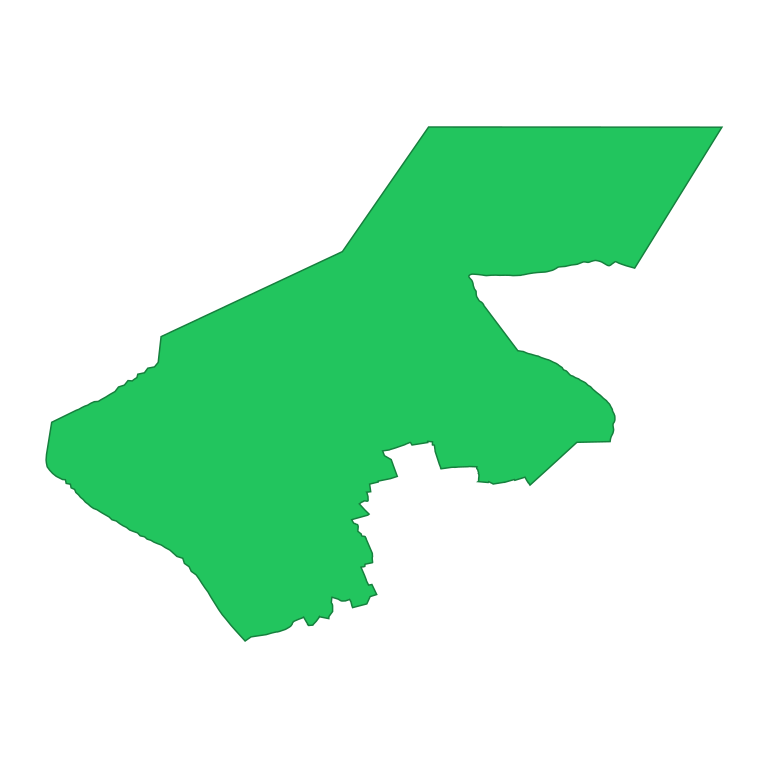 Veere, Zeeland, Netherlands (Natural Earth projection)
{"feature_id": "6326949B71921166023383", "entity_name": "Veere", "entity_type": "district", "adm_level": 2, "iso_a3": "NLD", "parent_name": "Netherlands", "parent_adm1": "Zeeland", "projection": "natural_earth1", "projection_center": [3.598, 51.556], "detail": "fine", "context": "isolated", "style": "filled", "palette": "green", "viewbox_px": 768, "rotation_deg": 0, "n_neighbors": 0, "source": "geoboundaries", "source_scale": "gbopen_adm2", "svg_char_len": 5943}
<svg xmlns="http://www.w3.org/2000/svg" viewBox="0 0 768 768"><path d="M610.1,441.6L610.5,438.9L610.7,438.2L611.2,436.6L611.8,435.4L612.9,433.2L613.2,432.1L613.5,430.8L613.6,430.0L613.6,429.4L613.2,426.9L613.0,425.5L613.1,424.0L613.3,423.4L614.2,422.1L614.7,420.8L614.9,419.7L614.9,418.0L614.8,416.0L614.0,413.8L612.6,411.1L612.5,410.5L612.4,409.7L612.0,408.7L610.9,406.8L610.0,405.0L609.7,404.4L609.3,403.9L607.3,401.8L606.5,400.7L604.8,399.4L603.2,398.1L602.0,396.9L600.3,395.3L596.9,392.7L592.9,389.3L590.6,386.8L590.3,386.6L588.7,385.7L587.9,385.2L585.7,383.0L584.4,382.2L581.4,380.7L580.2,380.1L579.2,379.3L578.4,378.8L576.2,378.0L575.1,377.5L573.0,376.2L571.2,375.6L570.7,375.4L570.2,375.0L569.5,374.4L567.1,371.7L566.2,370.9L564.2,370.1L563.6,369.8L563.3,369.5L563.1,369.2L562.3,367.8L561.9,367.4L559.8,366.0L559.0,365.5L558.4,364.9L557.4,364.2L556.1,363.4L553.3,362.2L550.4,360.7L548.6,359.9L546.4,359.3L541.1,357.5L538.4,356.2L537.8,356.0L536.7,355.9L533.2,354.9L531.3,354.3L529.2,353.8L528.0,353.5L525.9,352.7L525.1,352.3L523.9,351.8L522.9,351.4L522.0,351.4L517.8,350.7L483.8,305.5L483.7,304.9L482.8,303.5L482.1,302.8L481.5,302.2L479.6,301.1L479.2,300.7L478.7,300.0L476.6,296.5L476.2,294.2L476.1,291.6L476.0,291.1L474.4,288.9L473.9,287.4L473.3,285.6L473.0,283.5L472.4,281.6L471.7,280.2L470.0,278.4L469.4,277.6L469.1,277.1L468.9,276.7L468.8,276.3L468.8,276.1L469.1,275.6L469.8,274.9L470.2,274.7L471.6,274.2L472.6,274.1L474.4,274.2L478.1,274.5L482.3,275.0L485.2,275.5L485.7,275.5L486.4,275.6L491.5,275.2L492.8,275.2L495.9,275.1L497.3,275.2L499.6,275.3L505.3,275.2L510.0,275.3L513.0,275.6L516.1,275.5L520.7,275.3L522.2,274.9L523.8,274.7L528.1,273.8L533.0,273.0L537.5,272.5L541.9,272.2L545.3,272.0L547.4,271.6L552.3,270.3L553.3,269.9L554.3,269.4L556.3,268.3L557.6,267.4L558.2,267.1L559.1,266.9L565.3,266.4L566.9,266.0L571.4,265.0L575.6,264.5L577.4,264.2L583.3,261.9L584.2,261.9L585.0,261.9L586.6,262.2L588.0,262.4L589.4,262.1L591.2,261.4L593.7,260.7L595.5,260.4L597.4,260.7L598.7,261.0L600.4,261.5L601.9,262.1L606.5,264.8L607.6,265.4L608.6,265.6L609.0,265.7L609.5,265.6L610.7,265.0L611.1,264.7L612.3,263.7L613.5,262.9L614.8,261.9L615.3,261.8L615.8,261.7L616.4,261.9L619.0,263.2L620.4,263.7L622.0,264.3L626.4,265.8L634.7,268.1L721.9,127.2L428.6,127.0L342.4,251.6L161.1,336.6L158.2,362.4L154.5,366.9L147.8,368.2L144.4,372.8L137.8,374.2L136.9,377.6L134.5,379.1L132.2,380.9L128.0,380.6L124.4,385.1L118.5,387.0L115.0,391.6L110.0,394.4L105.9,397.0L101.0,399.7L98.3,401.4L94.3,401.7L90.9,403.2L87.6,405.2L84.7,406.2L81.6,407.7L78.9,409.3L76.2,410.3L70.7,413.0L51.7,422.3L46.5,454.5L46.1,460.0L46.4,462.9L47.2,466.8L49.6,470.1L52.6,473.4L56.2,476.3L62.5,479.5L65.4,479.7L66.2,483.4L70.4,484.2L71.1,487.8L74.6,489.4L75.9,492.5L78.6,494.9L80.5,497.3L83.2,499.5L85.4,502.1L88.2,504.2L90.6,506.4L93.5,508.4L97.0,509.7L99.6,511.4L102.2,513.0L109.2,517.0L111.9,519.7L116.3,521.0L119.5,523.5L123.0,525.7L126.5,527.4L129.7,530.0L133.6,531.5L137.6,532.9L140.2,535.8L144.6,536.8L147.1,539.1L150.9,540.3L153.9,542.1L157.5,543.6L161.3,545.0L165.4,547.7L169.8,550.0L176.9,556.4L182.8,558.3L184.4,563.4L189.1,566.7L191.3,571.4L196.2,574.9L199.2,579.1L202.0,583.5L204.9,587.8L208.0,592.0L210.6,596.6L218.8,609.7L222.2,614.6L226.4,619.6L230.8,625.1L235.3,630.2L244.4,640.2L245.1,641.0L251.0,636.9L254.8,636.3L266.3,634.6L271.7,633.0L276.5,631.9L277.0,632.0L279.2,631.5L285.6,629.3L288.9,627.4L290.4,626.4L291.0,625.8L292.0,624.4L292.2,624.0L292.5,623.0L293.2,622.0L294.0,621.3L294.8,620.9L298.3,619.4L302.3,617.9L303.6,617.1L306.8,622.6L308.5,625.2L308.3,625.2L308.5,625.4L308.8,625.5L309.4,625.4L312.9,625.1L313.1,624.6L313.4,624.3L316.3,621.2L319.4,617.0L319.2,616.9L319.5,616.5L319.7,616.8L328.8,618.6L328.9,616.6L330.9,613.8L332.6,611.5L332.6,605.9L332.4,604.6L332.1,603.9L331.3,602.7L331.8,597.7L332.0,597.2L332.9,597.5L337.8,599.0L338.5,599.3L340.4,600.5L341.1,600.8L341.9,601.0L345.4,600.9L348.4,599.9L349.6,599.4L350.5,601.0L351.0,602.0L351.9,605.7L352.6,607.6L366.8,603.9L369.6,597.8L370.1,596.6L376.7,594.5L371.9,584.5L368.6,585.1L366.4,580.7L366.4,580.4L366.3,580.0L364.5,575.3L361.0,567.2L362.3,566.9L363.5,566.8L364.8,566.4L364.9,566.2L364.9,564.5L365.1,564.2L372.2,562.7L372.5,562.6L372.6,562.3L372.3,559.7L372.2,557.7L372.5,556.7L372.3,553.3L366.1,538.9L366.1,538.2L365.6,537.9L365.4,537.5L365.2,536.7L364.6,536.4L363.1,536.2L362.2,536.2L361.7,535.8L361.6,535.4L361.4,534.8L361.3,534.2L361.2,534.0L360.8,533.6L359.9,533.0L359.4,532.5L357.9,531.4L357.8,531.2L358.2,526.7L357.9,525.3L357.6,524.8L357.2,524.5L355.7,524.1L354.9,523.5L354.1,523.4L353.8,523.3L353.5,522.9L351.7,519.7L353.9,519.0L367.3,515.3L368.2,514.9L369.1,514.1L364.7,509.8L359.8,504.4L359.3,503.9L361.4,502.3L362.1,502.0L362.7,501.8L363.4,501.3L364.1,500.9L364.2,501.0L365.1,500.9L367.1,501.2L367.8,501.0L368.1,500.4L368.0,497.6L368.0,496.7L367.7,495.5L367.0,493.0L366.9,492.3L366.8,492.2L370.7,491.7L369.6,484.1L378.2,482.0L378.2,481.1L390.5,478.6L397.3,476.4L393.3,465.5L392.4,462.9L391.2,459.6L384.6,455.8L384.4,455.6L382.6,450.9L389.4,449.9L389.9,449.6L395.5,447.9L398.9,446.7L405.0,444.6L404.9,444.6L406.1,444.0L408.1,443.2L410.0,442.4L410.3,442.4L410.5,442.5L412.0,445.0L427.8,442.5L427.6,441.4L427.8,441.3L430.0,441.6L432.5,441.8L432.4,444.6L432.4,444.9L432.5,445.0L433.3,445.0L433.8,445.0L434.2,445.2L434.4,445.3L434.6,446.9L435.1,450.3L435.1,450.8L435.2,451.5L436.0,454.0L439.4,464.4L441.1,468.6L440.9,468.6L441.0,468.8L451.7,467.3L455.2,467.2L455.2,467.3L458.4,467.0L461.3,466.9L468.1,466.7L469.1,466.5L476.9,466.8L476.7,467.6L476.7,468.2L476.9,468.7L477.8,469.8L478.0,471.0L478.6,472.5L478.3,473.2L478.3,473.4L478.9,474.5L479.0,474.9L478.9,475.8L478.9,476.9L478.7,478.0L478.6,480.3L478.5,481.4L478.2,481.6L488.2,482.5L488.8,481.6L490.9,482.8L491.3,482.9L493.2,484.0L504.5,482.2L504.6,482.3L514.3,479.5L514.8,480.3L525.0,477.2L526.5,480.0L528.2,482.7L528.4,482.6L530.0,485.1L548.4,468.4L576.9,442.3L610.1,441.6Z" fill="#22c55e" stroke="#15803d" stroke-width="1.5"/></svg>